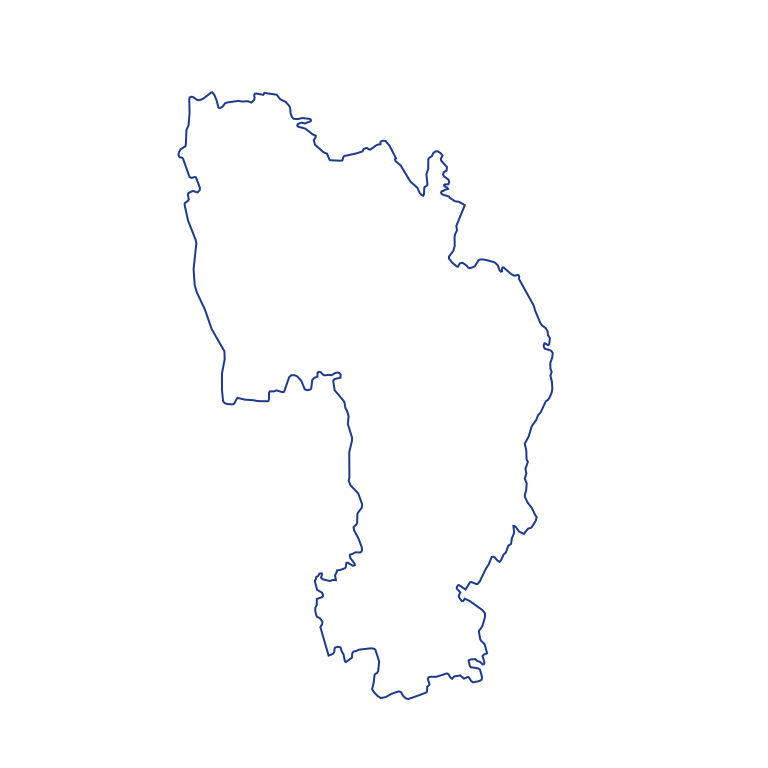 map outline of Dnipropetrovs'k (Robinson projection), rotated 81°
{"feature_id": "UKR-326", "entity_name": "Dnipropetrovs'k", "entity_type": "Region", "adm_level": 1, "iso_a3": "UKR", "parent_name": "Ukraine", "parent_adm1": "", "projection": "robinson", "projection_center": [35.02, 48.328], "detail": "fine", "context": "isolated", "style": "outline", "palette": "blue", "viewbox_px": 768, "rotation_deg": 81, "n_neighbors": 0, "source": "natural_earth", "source_scale": "10m", "svg_char_len": 6130}
<svg xmlns="http://www.w3.org/2000/svg" viewBox="0 0 768 768"><g transform="rotate(81 384 384)"><path d="M389.1,216.4L394.6,217.2L398.2,216.5L401.8,218.3L408.0,217.8L415.1,218.5L418.6,219.7L423.2,222.5L425.2,224.4L426.4,226.9L436.7,233.8L438.9,236.7L443.2,239.2L449.0,244.8L458.3,249.2L465.0,254.3L472.4,253.9L480.5,255.0L483.5,254.1L489.9,257.6L494.6,257.4L499.4,259.7L504.5,258.6L511.1,260.2L516.0,262.4L517.7,262.5L524.0,260.5L529.8,257.3L537.4,255.1L539.3,254.0L542.8,255.5L548.6,260.6L549.2,261.9L549.3,264.2L553.9,269.3L551.0,273.6L546.3,275.9L544.6,277.3L544.4,278.4L551.3,278.7L556.4,281.8L561.9,283.6L563.1,286.5L569.5,290.0L571.3,292.7L576.5,296.0L577.7,297.9L576.1,299.6L572.4,301.9L571.7,303.3L571.7,304.7L578.5,308.8L582.3,312.2L593.7,320.1L596.1,322.7L596.1,324.0L593.3,328.6L593.3,330.0L599.7,335.6L594.4,341.3L594.4,342.5L596.0,343.9L597.6,344.1L601.6,341.3L605.2,343.3L606.4,343.3L610.4,341.2L610.8,339.7L608.7,337.9L611.6,333.4L623.0,321.9L626.5,320.1L630.4,320.9L637.5,324.2L640.0,326.0L642.3,328.6L643.5,329.0L651.1,328.9L652.7,328.3L656.8,325.3L666.1,324.3L666.9,327.7L668.1,329.2L674.5,328.4L675.9,328.8L676.4,329.3L676.4,330.5L673.7,332.4L672.1,335.2L670.0,336.8L669.6,341.7L670.3,343.7L676.0,343.3L677.3,342.6L679.5,335.7L681.1,333.9L688.8,333.0L691.2,333.7L692.1,335.5L692.4,337.6L692.6,342.8L691.1,344.3L686.7,346.3L686.5,346.9L687.5,351.1L683.8,354.3L683.8,360.5L685.8,362.8L684.4,364.3L680.7,365.7L679.7,367.0L681.4,378.2L680.4,383.5L680.7,385.9L682.4,386.9L687.8,386.0L688.8,386.9L689.6,388.6L694.6,389.7L695.4,390.8L696.7,397.0L699.0,409.5L697.8,411.7L695.5,413.6L690.8,415.6L689.9,417.6L691.1,424.8L693.5,431.2L693.7,436.3L691.1,439.1L687.2,441.9L683.7,443.5L677.1,440.8L670.3,439.0L669.1,438.1L668.4,436.1L666.7,434.7L657.4,432.2L645.2,434.1L643.9,435.2L643.0,438.2L642.5,449.9L643.4,453.5L643.4,455.8L645.0,457.5L649.3,458.5L652.7,465.1L651.9,466.0L644.8,466.3L640.6,467.8L638.0,467.9L636.8,469.0L636.3,470.9L636.6,473.3L637.2,474.0L640.9,475.1L642.5,476.5L643.6,481.2L614.1,484.9L611.5,482.6L609.2,482.0L605.3,483.9L603.5,486.5L602.4,487.0L597.2,487.4L594.2,486.8L591.8,485.0L585.8,484.0L584.8,478.4L584.0,477.4L582.4,477.3L580.4,477.9L577.0,482.1L575.8,482.4L568.5,483.1L567.2,482.9L566.3,481.9L564.0,481.0L563.4,479.2L561.1,477.3L561.2,475.2L562.8,475.1L565.4,476.5L567.2,475.3L570.2,468.1L569.5,465.5L570.2,462.2L565.3,462.3L562.9,460.4L560.8,459.7L560.8,456.1L559.8,451.3L558.7,450.3L554.7,449.1L554.9,447.7L558.7,443.2L558.4,441.2L556.4,441.3L550.6,444.5L547.9,444.6L547.2,444.2L546.8,441.3L545.8,438.7L546.6,433.7L546.0,432.5L544.7,431.7L542.0,431.5L532.5,433.4L523.9,436.4L520.7,436.5L518.3,433.2L517.1,432.3L508.5,430.7L507.1,429.9L502.7,425.3L499.2,424.4L488.0,426.6L478.9,432.9L473.8,434.0L471.0,432.8L445.9,429.0L435.5,424.7L432.2,423.9L417.9,426.0L410.5,424.0L404.5,424.7L402.0,425.9L396.2,425.9L394.4,426.5L382.5,433.7L373.4,433.7L371.9,433.0L371.4,431.8L370.9,426.0L367.9,425.3L366.2,426.3L365.4,428.1L365.4,430.1L367.1,434.4L366.4,436.8L366.1,441.6L365.2,442.9L362.3,444.7L361.8,446.8L362.5,447.9L366.4,448.6L367.1,452.1L368.8,454.2L377.0,456.6L377.9,457.6L378.2,460.5L376.8,463.1L368.1,465.1L362.8,468.6L361.3,471.0L360.9,474.5L362.6,476.7L375.9,483.8L376.3,484.6L376.0,485.9L373.5,491.2L374.1,493.9L373.4,498.0L374.6,498.9L381.3,500.1L382.7,500.8L382.9,501.5L381.1,511.6L379.8,514.8L377.6,524.1L374.8,530.7L375.6,531.8L379.7,534.8L380.4,536.0L380.3,537.5L379.3,541.8L378.2,544.0L376.8,545.3L375.3,545.6L364.8,545.0L348.3,542.4L334.7,537.5L326.7,536.5L302.9,545.6L282.6,549.2L264.0,554.6L256.6,555.5L240.7,554.1L215.7,547.3L212.1,547.5L191.7,552.0L176.0,552.9L174.2,552.5L172.6,549.3L171.2,547.9L166.4,548.1L164.8,547.3L163.4,542.7L165.6,538.2L163.5,535.6L161.5,535.1L150.5,537.4L150.0,538.4L150.3,542.0L149.0,543.7L129.8,547.3L128.8,548.2L128.1,550.4L125.6,551.2L122.9,550.2L120.3,548.1L118.2,543.1L116.7,542.3L102.3,539.4L97.8,536.5L85.7,533.6L72.2,531.8L70.5,531.1L70.1,529.5L70.6,527.9L74.4,523.8L74.8,521.6L73.8,517.6L69.2,509.4L69.0,508.1L72.0,506.3L78.0,504.9L85.0,504.3L85.6,503.7L85.7,502.6L84.8,500.0L82.0,497.2L81.4,494.9L81.6,483.8L83.0,479.1L83.3,474.5L85.2,470.8L83.1,467.8L81.0,467.0L78.3,467.1L77.1,466.0L77.1,464.8L79.5,457.9L77.8,456.6L81.5,444.7L86.3,442.1L90.1,437.0L93.8,434.5L96.3,433.5L102.2,433.9L106.1,433.1L107.9,431.8L108.9,427.7L108.5,423.2L110.6,415.7L111.2,415.0L112.5,414.9L113.1,415.9L114.3,421.3L113.1,424.2L113.1,425.7L113.8,428.5L115.3,429.3L116.5,428.4L119.5,421.7L126.1,415.6L128.1,412.6L129.6,412.9L132.1,415.2L136.9,414.7L145.5,407.6L147.7,404.2L153.8,402.8L154.6,402.1L156.7,391.7L156.7,390.2L153.1,388.4L152.6,387.5L151.9,375.3L150.9,368.9L148.7,367.3L148.2,365.0L148.3,363.8L150.0,362.2L150.3,360.8L147.0,354.2L146.6,352.9L146.7,350.0L144.4,349.6L143.8,348.7L143.5,347.0L144.2,344.5L149.4,341.3L163.1,336.8L163.9,338.1L165.7,337.7L170.8,333.3L188.4,326.2L195.4,320.3L200.8,318.9L202.9,317.6L204.2,315.8L203.1,314.9L196.0,313.4L194.9,310.8L193.9,309.9L183.6,309.3L178.5,306.7L168.9,305.1L167.8,304.1L166.4,301.0L163.8,299.4L162.4,297.0L162.4,295.0L164.8,292.0L167.5,290.4L170.3,292.6L172.3,292.6L179.5,287.9L183.0,288.8L184.2,292.0L186.5,292.9L188.5,292.1L192.2,288.3L194.7,288.0L196.8,289.1L196.4,292.4L197.0,293.6L198.1,293.4L199.9,290.9L201.3,290.2L201.8,293.7L202.6,295.1L202.7,297.0L204.0,297.7L205.0,297.5L206.1,296.4L208.9,290.7L210.2,290.0L214.5,285.5L215.9,281.3L220.0,276.2L239.1,287.8L243.7,287.9L247.5,290.5L250.2,291.4L258.5,292.5L263.3,294.7L268.3,299.9L270.4,300.2L275.0,297.5L279.4,293.7L279.6,292.5L276.7,290.3L276.6,287.4L280.2,283.7L282.0,282.9L283.0,281.4L282.6,277.8L281.9,275.9L276.4,271.1L276.1,268.9L277.0,264.9L280.7,256.5L281.8,255.1L284.6,253.1L289.6,252.1L291.3,251.1L291.2,249.8L287.8,249.2L287.4,248.2L287.6,247.6L294.9,241.6L296.9,239.2L297.5,237.7L297.2,234.8L297.8,233.9L299.6,233.7L301.3,234.3L329.8,223.9L335.4,223.2L348.3,220.0L350.8,218.8L354.0,215.7L357.4,214.2L361.4,214.4L364.8,213.0L370.2,214.5L371.2,215.4L371.2,216.0L369.0,218.6L369.0,219.2L370.6,220.2L372.5,220.3L374.4,219.5L376.7,214.5L378.0,213.3L379.9,212.5L384.4,213.8L389.1,216.4Z" fill="none" stroke="#1e3a8a" stroke-width="2"/></g></svg>